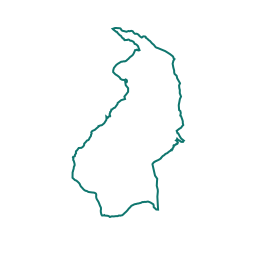 Vulcan, Hunedoara, Romania, rotated 40°
{"feature_id": "2599482B28838011196800", "entity_name": "Vulcan", "entity_type": "district", "adm_level": 2, "iso_a3": "ROU", "parent_name": "Romania", "parent_adm1": "Hunedoara", "projection": "orthographic", "projection_center": [23.277, 45.365], "detail": "fine", "context": "isolated", "style": "outline", "palette": "teal", "viewbox_px": 256, "rotation_deg": 40, "n_neighbors": 0, "source": "geoboundaries", "source_scale": "gbopen_adm2", "svg_char_len": 5749}
<svg xmlns="http://www.w3.org/2000/svg" viewBox="0 0 256 256"><g transform="rotate(40 128 128)"><path d="M164.4,211.7L165.3,210.9L165.7,210.2L165.8,210.3L166.1,210.2L166.9,209.7L168.6,208.5L169.3,208.1L170.2,207.8L170.8,207.8L171.1,207.9L171.5,207.6L171.6,207.4L171.9,206.7L172.1,206.4L172.3,206.3L172.6,205.9L172.8,205.7L173.3,205.4L173.7,205.1L174.4,204.4L174.8,203.9L175.6,203.1L176.7,202.2L176.9,201.9L177.0,201.6L177.1,201.2L177.5,200.7L178.4,200.2L178.5,200.0L178.8,199.6L178.9,199.4L179.5,198.8L179.7,198.4L179.9,197.3L180.1,195.4L180.2,194.6L180.4,193.3L180.5,191.4L180.4,189.1L180.5,188.3L180.6,187.6L180.6,185.9L180.6,185.6L180.8,185.0L181.3,183.9L181.7,182.9L182.0,182.3L182.5,181.6L183.2,180.8L183.6,180.1L184.6,179.0L185.2,178.1L185.9,177.2L186.1,176.7L186.3,176.1L186.7,175.5L186.9,175.2L187.6,174.7L187.8,174.4L188.1,174.0L188.8,173.5L189.2,173.1L189.6,172.7L190.1,172.0L190.4,171.7L190.8,171.4L192.2,170.9L193.3,170.6L194.8,170.4L195.5,170.3L196.2,170.2L196.4,170.2L196.5,170.2L197.4,170.8L197.8,171.2L198.4,172.0L198.6,172.1L199.0,172.2L199.5,172.1L202.0,172.3L203.5,171.2L194.6,161.7L191.7,157.5L190.4,156.1L187.2,153.8L184.2,149.8L183.0,148.1L179.3,147.1L170.1,140.1L169.8,139.4L169.9,138.9L169.8,137.7L169.9,137.4L170.2,137.0L170.2,136.8L170.3,136.0L170.4,135.9L170.8,135.1L171.0,134.9L171.1,134.4L171.4,133.9L171.8,133.0L172.2,132.0L172.7,130.3L172.7,129.9L172.5,129.6L172.6,129.0L172.6,128.5L172.6,127.6L172.7,127.0L172.8,126.6L173.1,125.9L173.3,124.6L173.3,123.9L173.4,123.6L173.7,123.1L174.3,121.8L174.4,120.7L174.7,119.4L174.9,118.7L175.2,118.1L175.1,117.6L175.0,117.1L175.2,116.5L175.8,116.6L175.7,115.5L175.3,115.1L175.2,113.8L175.1,113.2L174.8,112.7L174.4,112.6L174.2,112.3L174.1,111.8L174.2,111.7L174.3,112.0L174.9,111.6L174.9,111.4L174.9,111.1L175.0,110.6L175.2,109.6L175.4,109.6L175.5,109.2L175.9,108.5L175.5,108.0L175.7,107.2L174.8,106.8L174.0,106.5L172.8,106.6L173.0,105.8L172.6,104.7L173.9,104.9L175.9,104.5L177.7,104.4L178.6,103.7L179.1,103.1L178.8,102.5L178.9,101.8L175.5,101.9L173.0,101.1L169.9,99.8L169.3,100.2L167.1,98.9L167.8,95.7L168.5,93.6L168.3,91.9L168.4,90.2L166.8,89.0L165.7,87.7L164.4,86.8L162.5,85.7L161.0,84.8L160.1,84.9L158.8,82.6L157.2,81.4L155.6,81.4L152.2,77.9L149.1,72.4L148.4,69.8L145.3,68.1L143.3,65.6L141.6,64.4L139.8,62.6L139.1,60.3L133.7,58.3L132.7,57.5L131.6,56.7L130.6,56.7L128.8,56.6L127.5,55.6L126.4,54.3L123.8,52.5L120.9,50.1L119.5,47.2L119.3,45.4L118.9,45.5L118.6,45.5L118.0,45.1L117.6,45.0L117.3,44.7L116.7,44.4L116.3,44.3L115.4,44.3L112.7,44.4L109.7,44.8L107.0,45.2L99.1,47.7L98.3,48.1L97.2,48.3L94.3,47.7L91.9,47.7L89.0,47.2L87.1,47.4L85.7,47.2L83.7,47.4L83.2,46.9L82.3,46.9L80.8,48.0L80.6,48.7L80.6,49.3L80.5,49.6L80.2,50.0L79.6,50.0L78.5,50.1L77.6,50.1L77.4,50.1L77.0,49.9L76.6,49.9L75.8,49.8L75.2,49.9L74.7,50.0L74.1,50.2L73.4,50.8L72.9,51.3L72.7,51.4L72.1,51.4L70.9,51.3L69.6,50.9L69.3,50.9L68.8,51.1L68.3,51.3L68.0,51.6L67.6,52.0L67.3,52.5L67.1,52.8L66.5,53.1L66.1,53.3L64.9,55.3L62.9,56.2L61.7,56.9L60.9,57.2L59.7,57.1L58.8,56.7L58.5,56.6L57.9,56.7L57.6,56.9L56.4,57.7L56.1,58.0L54.9,58.8L53.9,59.6L53.2,60.7L52.9,61.3L52.5,61.9L53.3,62.0L56.1,61.9L57.2,61.9L57.6,61.5L57.9,61.5L58.3,61.6L58.9,61.9L59.8,61.9L60.5,62.1L61.5,62.1L61.9,62.2L62.4,62.2L62.9,62.0L63.7,62.0L64.3,62.2L64.9,62.5L65.6,62.6L66.5,62.5L66.9,62.6L67.2,62.3L67.3,62.3L68.0,62.6L68.5,62.9L69.1,62.8L69.5,62.2L70.0,61.8L70.4,61.4L70.8,61.1L71.1,60.4L71.4,60.0L71.6,59.9L72.2,59.7L72.8,59.7L73.6,59.7L74.3,59.2L74.5,59.0L74.6,58.9L75.0,58.8L75.3,58.8L76.3,58.6L76.7,58.4L78.0,58.8L79.0,59.3L79.8,58.9L80.7,58.7L81.2,58.7L81.7,58.7L82.2,58.8L82.8,58.8L84.2,59.5L84.7,60.0L85.6,60.3L86.8,61.0L86.4,61.7L85.7,62.1L85.0,62.2L84.3,62.5L84.2,63.0L83.7,63.5L83.4,63.7L84.4,67.1L84.7,68.9L84.4,71.0L84.1,71.6L83.9,73.6L83.9,74.9L83.6,75.8L83.5,77.5L83.2,78.1L82.9,78.5L82.8,79.0L81.8,79.7L81.1,80.7L80.2,81.6L78.9,85.4L78.5,87.3L78.6,91.0L79.6,93.3L80.7,94.7L83.7,95.0L84.8,94.9L85.3,94.8L85.8,94.7L86.6,94.7L86.9,94.6L88.6,94.6L89.8,94.8L90.6,95.2L92.3,94.9L93.4,94.3L94.9,93.1L94.9,92.4L95.9,92.1L96.7,92.4L97.4,93.2L97.5,93.7L96.3,94.5L98.8,96.7L102.5,97.4L104.8,100.2L105.0,103.2L105.0,106.2L107.1,107.7L104.9,111.0L104.0,115.5L104.6,116.5L104.9,120.5L104.8,121.1L104.2,122.0L103.9,124.1L103.4,124.5L103.8,125.5L104.2,126.3L104.1,127.1L104.3,127.2L104.5,128.0L104.9,129.0L105.1,129.2L105.2,129.4L105.8,129.7L106.7,130.3L106.7,130.5L106.0,130.6L105.9,133.2L104.1,133.2L105.4,134.5L106.2,135.8L106.7,139.7L106.2,142.5L105.7,143.3L105.1,143.8L104.9,144.4L104.6,145.5L104.2,145.6L104.5,146.4L104.1,148.5L103.8,150.7L102.6,153.1L102.5,154.2L102.7,155.0L103.6,155.5L103.9,156.3L104.0,157.0L104.4,157.4L104.8,158.2L104.9,160.1L105.3,161.2L105.4,162.7L104.6,164.1L104.7,165.4L104.6,167.0L104.5,168.1L105.3,169.2L105.6,170.8L105.1,173.1L103.1,175.0L103.3,178.1L103.1,179.2L103.6,180.1L104.4,180.7L104.6,182.6L105.4,183.8L105.3,184.3L104.5,185.3L104.8,186.1L105.8,186.5L106.5,187.7L107.5,188.0L109.3,189.2L110.2,189.9L110.9,190.6L111.3,191.3L111.3,191.9L111.6,192.7L112.4,193.9L112.7,194.4L113.1,195.5L113.7,196.6L114.0,197.5L117.5,201.8L120.8,202.0L121.2,201.9L121.9,201.6L122.5,201.5L124.2,201.5L125.4,201.6L126.2,201.7L126.9,201.9L128.1,202.5L128.7,202.8L129.7,203.1L131.6,203.3L132.1,203.4L133.5,203.6L134.5,203.6L135.2,203.5L135.8,203.4L136.2,203.1L137.1,202.7L138.6,202.5L139.2,202.2L141.4,200.8L142.2,200.3L142.7,199.9L143.7,199.3L144.1,199.1L145.1,198.9L145.5,198.9L145.8,199.0L146.2,199.2L146.8,199.8L147.1,200.2L147.4,200.7L148.4,201.7L148.8,202.0L149.3,202.3L150.2,202.7L151.5,203.1L152.9,203.6L154.3,204.3L155.5,205.0L156.6,205.6L158.0,206.2L158.4,206.4L158.9,206.9L159.6,207.7L160.1,208.6L160.7,209.3L161.5,210.1L163.3,211.4L164.0,211.6L164.4,211.7Z" fill="none" stroke="#0f766e" stroke-width="2"/></g></svg>